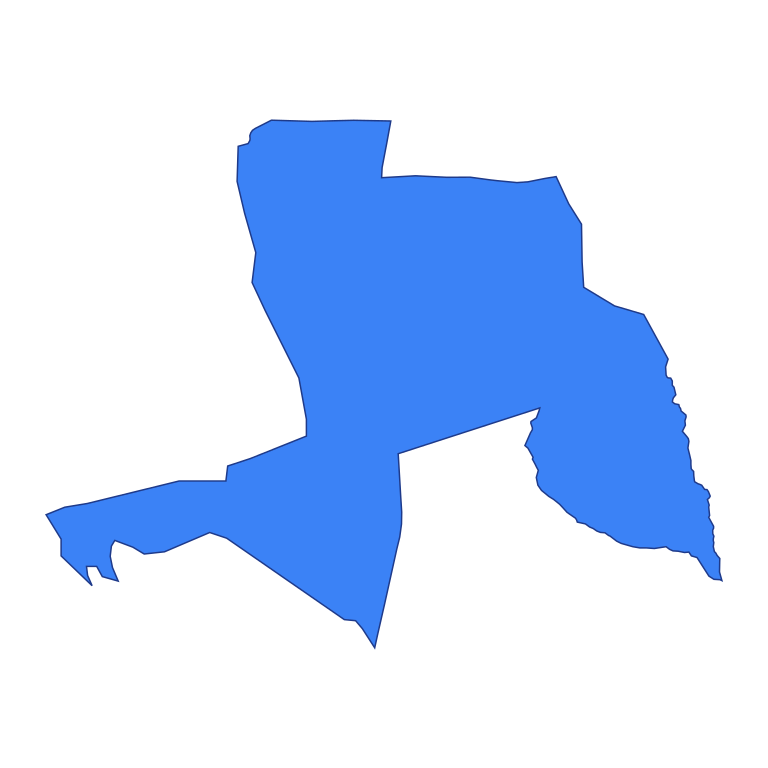 outline of Ayawaso West, Greater Accra, Ghana
{"feature_id": "2480657B22724340600972", "entity_name": "Ayawaso West", "entity_type": "district", "adm_level": 2, "iso_a3": "GHA", "parent_name": "Ghana", "parent_adm1": "Greater Accra", "projection": "orthographic", "projection_center": [-0.161, 5.632], "detail": "fine", "context": "isolated", "style": "filled", "palette": "blue", "viewbox_px": 768, "rotation_deg": 0, "n_neighbors": 0, "source": "geoboundaries", "source_scale": "gbopen_adm2", "svg_char_len": 2571}
<svg xmlns="http://www.w3.org/2000/svg" viewBox="0 0 768 768"><path d="M556.1,176.6L552.3,177.3L551.3,177.4L544.7,178.5L527.6,181.9L525.4,182.0L523.2,182.2L519.8,182.4L516.8,182.6L516.1,182.5L497.3,180.7L490.2,179.9L470.2,177.2L446.7,177.3L415.5,175.8L381.6,177.7L382.1,167.6L382.9,163.4L386.8,142.9L390.1,124.9L390.8,121.0L353.6,120.3L337.1,120.7L312.0,121.4L271.4,120.2L255.5,128.3L252.5,130.3L250.8,132.8L249.8,135.7L250.1,138.9L249.8,140.6L248.1,143.6L238.2,146.3L237.1,181.4L244.6,213.2L255.8,252.6L252.1,282.5L265.2,310.6L298.9,378.0L306.4,419.2L306.4,436.1L250.2,458.6L227.7,466.0L225.9,481.0L214.6,481.0L179.1,481.0L87.3,503.5L64.8,507.2L46.1,514.7L61.1,539.1L61.1,555.9L92.1,585.7L87.6,575.5L86.5,566.4L96.7,566.4L102.3,576.6L118.2,581.1L112.5,567.6L110.2,556.3L111.4,546.1L114.8,540.4L132.9,547.2L144.2,554.0L164.5,551.8L209.7,532.5L226.7,538.2L275.8,572.2L344.3,619.6L355.6,620.7L362.4,628.7L374.7,647.8L377.6,634.6L384.6,604.0L396.8,549.0L399.7,537.2L400.5,531.4L401.5,524.0L401.7,512.2L400.8,498.1L398.2,453.7L539.8,407.9L539.1,410.7L536.4,417.9L531.0,421.5L530.8,423.1L532.4,427.8L532.3,429.8L530.5,432.8L524.9,445.6L527.9,448.1L533.1,457.3L532.4,459.1L535.2,464.3L536.5,467.0L538.3,470.3L536.3,477.5L537.9,485.2L541.5,490.4L548.8,496.4L553.6,499.4L559.7,504.3L562.4,507.2L567.1,512.4L575.5,518.2L576.6,520.0L577.3,522.1L585.4,523.9L589.6,527.0L593.2,528.5L596.8,531.0L600.4,532.4L605.0,532.8L608.6,535.5L610.1,536.1L616.6,541.1L621.2,543.4L632.8,546.7L639.8,547.9L646.2,547.9L654.3,548.5L666.1,546.7L669.5,549.3L673.0,550.9L678.0,551.2L684.5,552.5L688.9,552.1L691.4,555.9L697.0,557.5L708.9,576.1L713.9,579.3L720.0,579.7L721.9,580.6L719.5,572.0L719.7,561.3L719.8,558.5L717.1,555.4L715.8,553.0L714.4,551.6L713.7,548.4L713.3,546.6L713.8,542.6L713.3,540.7L713.3,538.9L713.9,536.2L712.8,533.8L712.7,530.1L713.6,528.2L713.6,526.3L708.7,517.3L709.6,515.5L708.7,507.0L709.2,505.1L707.4,499.5L709.4,497.7L710.2,496.1L708.4,491.6L707.0,489.6L704.6,489.4L701.7,485.2L699.7,484.3L698.1,483.8L694.7,481.8L694.4,480.7L693.8,475.9L693.6,471.4L692.0,469.8L691.2,468.7L690.9,464.4L690.9,460.5L689.5,454.4L687.9,448.0L688.9,441.4L688.3,438.6L687.0,436.8L682.4,431.3L685.4,425.2L684.9,420.9L686.1,416.9L685.9,415.0L681.1,411.0L680.5,408.4L679.4,407.0L678.8,404.6L674.8,403.8L672.4,402.0L672.7,399.7L673.4,397.8L675.8,394.8L674.0,387.2L672.3,385.3L672.3,381.0L670.7,378.1L668.1,377.9L667.2,377.3L666.1,375.1L665.6,366.9L668.1,359.1L643.7,314.5L614.5,305.9L583.7,287.3L582.1,262.0L581.5,224.2L568.7,203.8L556.1,176.6Z" fill="#3b82f6" stroke="#1e3a8a" stroke-width="1.5"/></svg>